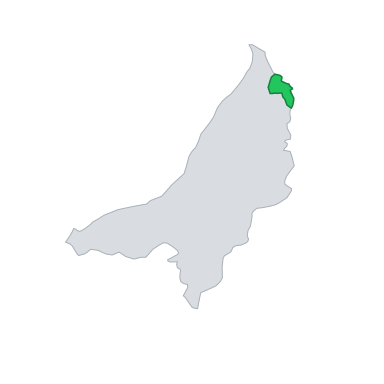 location of Ocniţa within Moldova, rotated 64°
{"feature_id": "MDA-1616", "entity_name": "Ocniţa", "entity_type": "District", "adm_level": 1, "iso_a3": "MDA", "parent_name": "Moldova", "parent_adm1": "", "projection": "albers", "projection_center": [27.56, 48.362], "detail": "fine", "context": "in_parent", "style": "filled", "palette": "green", "viewbox_px": 384, "rotation_deg": 64, "n_neighbors": 0, "source": "natural_earth", "source_scale": "10m", "svg_char_len": 2360}
<svg xmlns="http://www.w3.org/2000/svg" viewBox="0 0 384 384"><g transform="rotate(64 192 192)"><path d="M84.7,76.2L86.0,73.2L98.4,65.0L101.5,66.4L107.9,66.8L121.0,66.6L127.5,61.1L131.4,62.7L134.7,60.2L140.1,57.1L140.9,57.8L141.5,58.3L149.9,59.6L156.2,62.6L160.4,67.1L164.7,69.9L169.2,71.0L171.7,73.3L172.2,76.7L176.4,78.4L184.3,78.3L187.6,80.5L186.5,85.2L187.3,86.7L190.1,85.1L192.2,86.4L193.4,89.8L194.7,91.4L198.6,86.0L202.9,86.5L213.2,88.6L218.9,99.6L222.4,103.5L225.4,105.1L229.2,103.3L232.5,101.1L234.5,102.1L238.8,109.3L240.0,118.9L240.0,122.8L238.7,129.3L236.7,136.3L235.1,140.9L235.9,144.5L237.5,147.5L240.0,148.5L248.2,154.4L251.3,158.6L255.7,161.7L259.1,161.8L260.9,163.5L261.5,165.6L261.2,171.1L259.5,176.3L259.8,179.6L262.9,183.4L263.3,188.0L263.6,190.9L265.2,193.1L272.8,197.9L282.6,202.4L285.2,206.5L286.9,211.7L286.7,220.6L286.3,228.3L299.3,238.2L297.9,240.2L296.0,242.4L283.9,244.3L281.4,245.3L275.9,237.6L273.1,236.7L270.6,239.7L267.6,241.3L263.8,240.6L259.8,238.3L257.8,236.7L256.2,236.5L253.8,238.3L250.5,237.6L248.3,235.8L245.3,242.4L243.5,243.9L242.3,243.7L241.8,232.5L240.9,230.8L238.4,230.6L232.5,233.4L226.9,236.9L225.1,240.0L225.4,245.6L226.3,252.1L230.4,262.1L228.3,266.5L226.9,273.5L220.9,279.9L214.1,283.8L213.6,291.4L209.9,296.6L203.4,301.9L199.0,308.2L200.2,312.5L200.5,316.5L199.8,319.3L199.6,321.4L197.9,322.4L187.8,323.3L185.0,324.6L181.7,327.6L178.5,322.0L175.3,317.1L173.0,314.4L173.9,313.2L176.5,311.8L178.3,310.1L178.0,304.2L176.6,297.4L175.4,294.2L175.2,289.0L174.3,281.0L175.4,266.2L180.2,247.5L182.9,238.2L181.5,233.1L182.5,221.2L180.3,215.4L176.9,207.7L172.0,191.1L166.0,185.4L158.6,179.0L155.5,174.2L153.4,168.9L149.0,163.7L144.0,158.8L138.0,146.7L135.0,141.3L134.0,139.8L127.3,132.0L123.7,125.0L122.0,119.3L121.0,114.0L116.3,103.4L112.0,95.5L108.0,89.8L106.2,85.8L101.4,80.8L94.7,76.7L90.3,76.0L84.7,76.2Z" fill="#d9dde1" stroke="#a8b0b8" stroke-width="1"/><path d="M142.1,56.4L143.4,56.5L143.5,58.9L144.7,59.5L152.1,59.4L154.1,60.3L157.9,63.2L158.8,64.1L160.1,65.9L158.6,66.9L155.5,68.5L149.2,67.9L146.3,68.7L142.6,67.9L141.6,69.5L140.9,71.8L139.8,73.4L138.5,77.1L137.7,78.6L131.4,77.7L125.9,72.7L123.5,70.2L122.5,66.2L122.4,66.0L125.6,61.9L127.8,60.8L128.9,61.1L130.6,62.7L131.4,63.0L132.4,62.5L136.0,59.5L137.4,57.6L139.8,57.6L140.5,57.4L142.1,56.4Z" fill="#22c55e" stroke="#15803d" stroke-width="1.5"/></g></svg>